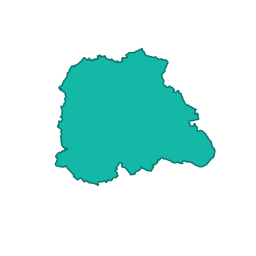 Concepción, Antioquia, Colombia (Robinson projection), rotated 312°
{"feature_id": "7082276B2459455127895", "entity_name": "Concepción", "entity_type": "district", "adm_level": 2, "iso_a3": "COL", "parent_name": "Colombia", "parent_adm1": "Antioquia", "projection": "robinson", "projection_center": [-75.212, 6.369], "detail": "fine", "context": "isolated", "style": "filled", "palette": "teal", "viewbox_px": 256, "rotation_deg": 312, "n_neighbors": 0, "source": "geoboundaries", "source_scale": "gbopen_adm2", "svg_char_len": 5775}
<svg xmlns="http://www.w3.org/2000/svg" viewBox="0 0 256 256"><g transform="rotate(312 128 128)"><path d="M110.7,173.1L111.8,174.0L113.2,173.5L116.0,173.1L116.6,171.0L117.4,171.9L118.2,172.1L118.6,172.5L118.9,172.2L119.6,172.2L120.1,172.7L121.1,173.0L122.5,172.5L122.8,172.2L123.4,172.5L123.7,172.0L124.4,171.9L124.6,171.6L125.4,172.7L126.6,172.7L127.4,172.3L128.5,172.6L128.6,172.9L128.6,173.9L129.1,175.3L130.5,177.2L131.0,179.1L132.1,181.8L132.4,184.1L132.9,185.2L134.0,186.7L134.9,187.2L135.9,188.3L137.1,191.2L138.0,192.1L138.6,192.1L138.9,191.3L139.7,190.9L141.1,191.2L141.5,192.1L141.5,193.1L141.8,193.9L143.9,196.1L145.2,199.3L145.5,202.7L146.3,204.4L146.9,206.7L147.9,208.1L149.8,209.5L153.3,210.8L160.3,210.5L162.2,210.7L163.5,211.1L167.7,208.9L169.2,207.8L170.0,206.7L170.3,205.5L170.6,202.9L173.4,199.0L173.6,196.0L174.4,193.6L174.6,191.8L175.2,190.8L175.5,189.9L175.4,184.9L174.6,183.5L173.8,182.7L172.5,182.1L172.1,181.7L172.4,181.0L174.8,179.0L174.8,177.8L175.2,176.2L175.8,175.0L175.5,174.9L175.5,174.4L175.4,174.3L174.4,175.2L173.4,175.3L171.3,173.5L171.1,173.1L171.4,172.6L172.0,172.0L172.6,170.6L172.6,170.3L172.3,169.9L173.7,169.2L174.7,169.3L177.6,171.8L179.5,172.9L181.0,174.1L182.0,174.5L182.4,174.1L182.6,172.9L184.2,171.7L185.3,170.3L185.2,169.7L184.9,169.5L183.8,169.4L183.1,168.1L183.1,167.8L183.7,167.4L184.9,167.5L186.0,165.8L187.2,166.3L186.3,162.9L186.0,160.8L185.5,160.0L185.4,157.5L183.9,156.1L183.8,155.8L184.4,154.7L184.6,153.0L185.6,151.5L185.7,150.0L186.2,149.2L187.2,148.3L187.4,146.7L189.0,144.6L188.9,143.4L188.2,142.4L188.3,142.1L189.4,141.4L189.5,140.8L189.3,140.2L188.9,139.9L187.1,139.9L186.3,139.6L185.7,138.3L185.6,137.4L185.8,137.2L186.9,137.2L187.2,137.0L187.7,134.3L187.2,132.7L186.9,130.9L184.8,130.3L184.3,129.9L184.3,127.8L184.0,126.7L184.3,125.0L184.7,124.3L187.3,123.0L188.0,120.2L189.3,118.2L190.3,117.7L190.9,117.2L194.6,117.5L195.3,117.1L196.6,115.8L197.6,115.7L199.9,115.1L201.8,114.1L203.0,114.1L203.6,113.5L204.0,111.7L203.9,110.5L202.4,109.5L202.3,108.0L201.8,107.4L201.4,106.3L199.7,105.5L199.5,103.2L199.1,102.2L199.4,101.2L199.0,100.7L197.9,100.1L197.2,99.3L196.1,96.9L194.1,93.4L194.0,92.0L195.3,89.0L195.3,87.0L196.4,85.4L192.8,83.8L191.4,83.5L190.7,82.9L189.9,82.9L189.2,82.3L188.3,82.3L187.7,81.4L186.7,80.8L185.3,78.9L184.2,78.2L183.0,78.3L181.8,78.0L181.3,77.6L180.8,77.8L180.5,78.1L180.3,79.6L179.8,80.1L179.1,79.9L178.6,79.2L177.5,79.1L177.3,78.7L177.1,77.3L176.5,76.9L175.3,77.2L174.2,78.4L173.8,79.2L173.0,78.5L172.2,78.6L171.6,78.4L170.9,77.6L171.1,76.4L170.9,76.0L170.4,75.9L170.4,75.1L169.9,75.0L169.3,75.5L169.4,74.3L169.2,74.2L168.8,74.4L168.3,73.7L168.2,70.9L168.4,70.0L167.3,70.5L167.1,69.6L166.3,68.3L165.8,67.9L165.8,67.0L165.2,65.5L165.4,63.9L166.0,63.4L166.1,63.1L165.4,62.8L165.6,62.1L163.1,60.8L163.2,59.7L163.6,59.2L163.3,58.5L162.6,59.0L162.5,58.1L160.9,57.2L160.6,58.2L160.2,58.5L160.2,59.2L159.6,59.1L158.9,59.5L158.6,59.2L158.5,58.4L158.3,58.0L157.4,58.1L156.9,57.9L156.7,56.8L155.9,57.3L155.5,57.3L155.1,57.0L154.7,55.6L153.5,55.7L153.1,55.1L153.9,52.6L152.9,52.7L152.1,52.4L151.9,53.0L151.6,53.0L151.1,51.1L151.3,49.1L151.0,48.6L150.6,48.4L147.7,48.3L146.4,48.7L145.5,48.3L143.0,48.2L140.7,47.6L139.9,47.7L139.4,46.8L138.8,46.4L138.5,46.4L138.4,47.0L138.0,47.0L137.3,46.3L137.3,45.8L136.9,45.5L136.7,45.0L134.7,44.9L133.1,45.5L132.3,45.3L131.9,45.6L131.4,46.4L130.9,46.7L130.4,46.7L129.4,46.2L128.0,46.3L127.2,47.3L124.6,48.6L123.4,48.5L121.8,48.9L120.8,48.7L117.9,49.5L115.7,50.4L114.4,50.2L113.2,49.6L111.8,49.7L111.5,50.0L111.4,51.0L111.0,51.9L111.3,53.0L112.2,52.3L112.5,53.2L111.7,54.1L111.5,55.0L111.6,55.6L112.3,57.0L112.2,57.7L111.2,58.6L110.4,59.8L109.8,61.0L107.3,61.5L106.8,62.6L105.4,64.1L105.1,64.2L103.1,64.2L101.6,65.3L101.3,65.4L100.3,65.0L99.3,63.9L97.9,65.4L97.4,67.0L96.9,67.6L95.8,68.2L94.2,69.7L93.1,70.5L91.4,70.2L91.1,70.3L91.2,72.5L90.5,73.8L89.9,74.0L89.0,74.0L88.3,74.3L88.0,74.0L87.2,72.3L86.4,72.4L86.0,72.5L85.2,73.6L83.9,74.5L82.9,74.2L82.3,74.5L81.9,75.1L81.8,75.8L82.4,77.7L82.4,78.4L82.1,79.3L82.3,80.1L80.5,80.5L79.8,81.3L79.4,82.5L78.6,83.2L78.0,83.5L77.1,83.3L76.3,84.1L76.3,84.6L75.2,85.8L74.3,86.2L74.0,87.0L73.6,87.3L73.1,87.4L72.9,87.6L73.2,87.9L72.6,88.8L71.6,89.3L71.1,90.1L70.9,91.3L70.5,92.4L70.5,93.6L70.8,94.5L71.7,95.3L72.0,97.0L71.3,97.3L69.7,95.5L68.8,96.0L68.2,96.0L67.6,94.8L66.4,94.5L66.2,94.8L64.7,94.8L64.4,93.6L63.6,93.2L62.0,93.0L59.8,93.1L58.7,93.2L58.2,93.6L58.2,94.7L58.5,95.4L57.9,95.8L57.0,96.9L55.6,97.1L54.8,97.6L53.2,97.9L52.5,98.3L52.0,99.4L52.2,100.3L53.2,102.3L54.2,103.6L54.5,104.6L55.2,104.9L55.7,106.0L56.8,106.9L58.2,106.9L58.5,107.0L57.6,109.9L57.3,112.8L57.4,114.4L56.9,117.6L56.8,118.8L56.5,119.3L55.7,119.8L55.4,120.5L55.9,121.3L55.9,121.8L55.4,123.0L55.8,123.6L55.7,125.1L58.9,126.1L59.2,126.4L59.3,127.4L58.8,130.2L58.8,131.7L60.3,131.7L61.0,132.0L61.0,135.3L61.9,135.7L62.2,137.2L62.9,137.8L63.2,138.6L64.4,140.3L64.5,141.2L65.1,142.0L65.2,143.6L65.4,144.0L65.8,144.0L66.1,143.7L66.7,142.4L68.7,142.2L69.2,142.8L69.6,143.9L70.5,144.3L72.2,145.8L73.3,146.1L73.4,146.7L72.9,147.9L73.1,148.2L74.3,148.3L75.1,147.8L75.6,147.8L77.2,150.2L77.9,150.7L78.9,150.8L80.0,150.5L81.4,150.4L82.4,151.1L82.9,152.3L83.7,152.2L84.2,152.4L85.8,152.5L86.1,151.5L87.5,149.7L87.4,147.5L87.6,146.9L88.4,146.8L89.6,147.5L90.2,147.6L90.4,147.1L90.3,146.3L90.5,145.9L91.8,145.9L95.0,145.3L97.1,145.6L97.6,146.2L97.8,147.3L95.8,148.4L95.2,149.5L95.3,150.2L96.0,151.0L96.7,152.6L96.5,153.5L96.8,154.2L96.3,155.1L96.1,156.5L96.1,157.8L95.6,158.8L95.7,160.0L95.0,161.0L95.0,161.3L96.1,161.9L97.3,163.4L98.2,163.8L98.6,163.8L100.0,163.2L101.2,163.3L102.0,163.6L103.3,164.5L104.8,164.7L106.1,164.7L107.7,164.0L107.9,165.9L108.9,168.6L108.9,170.2L110.1,171.8L110.7,173.1Z" fill="#14b8a6" stroke="#0f766e" stroke-width="1.5"/></g></svg>